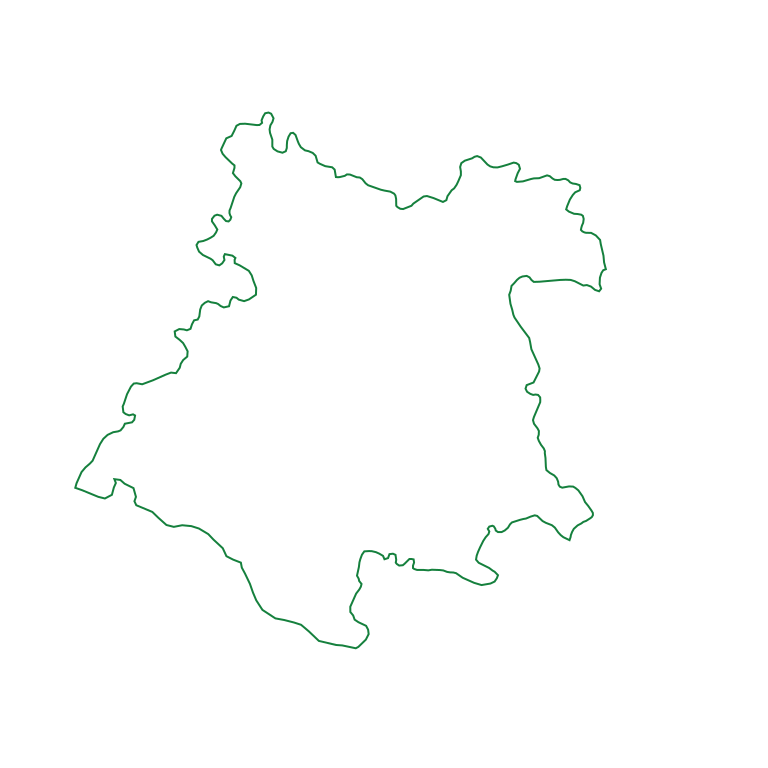 outline of Pinsk, Brest, Belarus, rotated 24°
{"feature_id": "67162791B61405599198646", "entity_name": "Pinsk", "entity_type": "district", "adm_level": 2, "iso_a3": "BLR", "parent_name": "Belarus", "parent_adm1": "Brest", "projection": "mercator", "projection_center": [26.193, 52.204], "detail": "fine", "context": "isolated", "style": "outline", "palette": "green", "viewbox_px": 768, "rotation_deg": 24, "n_neighbors": 0, "source": "geoboundaries", "source_scale": "gbopen_adm2", "svg_char_len": 6165}
<svg xmlns="http://www.w3.org/2000/svg" viewBox="0 0 768 768"><g transform="rotate(24 384 384)"><path d="M617.0,451.2L616.7,447.9L616.2,446.1L616.0,442.7L616.3,439.1L618.4,434.4L621.0,431.1L622.2,428.9L624.3,426.9L627.2,422.5L628.0,420.9L628.2,418.8L627.2,416.8L625.1,415.3L620.1,412.3L615.7,410.1L611.0,405.8L604.8,402.1L601.1,401.1L598.5,400.8L594.7,402.3L589.0,406.2L586.4,406.3L584.3,404.9L582.8,402.4L580.1,399.8L576.7,398.3L571.8,397.8L567.4,396.6L565.6,393.9L561.6,385.9L559.0,381.7L558.3,379.9L556.2,377.9L552.2,375.7L548.6,373.0L546.3,370.6L546.0,367.4L544.6,363.9L542.3,362.1L537.2,359.3L534.8,356.4L534.4,353.2L534.1,337.1L533.3,335.1L532.1,332.7L529.2,331.3L526.7,332.0L524.7,333.3L521.7,333.5L517.9,332.9L515.2,330.7L514.8,327.0L520.0,321.8L520.6,309.5L519.8,306.5L517.0,303.4L504.5,292.3L500.3,286.1L497.9,282.9L485.5,276.0L476.2,270.2L474.0,268.1L471.0,264.1L466.9,259.3L462.1,251.6L461.8,247.3L460.6,242.5L461.9,239.0L463.2,234.7L464.6,231.8L466.7,229.5L470.4,227.2L473.6,227.4L476.4,229.0L479.3,229.8L484.3,227.4L502.6,217.3L507.7,214.8L512.2,213.0L516.5,212.5L526.0,213.0L529.1,211.1L533.5,210.8L538.5,212.2L542.8,211.8L543.6,208.6L540.4,205.2L538.0,199.0L537.5,194.0L538.0,190.9L540.0,188.9L535.6,183.4L532.3,177.5L525.1,168.0L522.8,164.5L517.1,162.1L511.8,161.7L507.0,163.7L505.4,164.0L503.1,163.9L501.2,163.1L500.7,160.9L500.4,158.7L500.4,155.8L499.3,152.0L497.3,149.5L495.3,149.1L491.6,150.0L488.4,151.2L482.8,151.3L479.4,150.4L479.0,147.1L478.8,139.9L479.6,134.5L480.7,131.1L484.0,127.4L483.6,125.0L481.8,122.8L477.9,123.2L474.8,124.1L472.1,124.1L469.5,123.0L466.4,122.8L464.3,123.8L461.6,126.0L459.5,127.1L456.9,128.0L454.3,127.7L450.9,126.7L448.1,127.1L442.0,132.9L437.3,135.2L435.1,136.8L428.5,142.4L423.2,145.3L421.3,145.3L420.9,143.6L420.4,137.1L420.7,132.1L418.0,128.9L415.0,128.4L412.4,129.0L408.1,133.0L403.3,137.1L399.7,139.9L396.0,141.5L392.5,142.0L389.2,141.4L380.4,137.7L376.4,137.9L374.3,139.6L372.7,142.0L367.0,147.1L364.8,150.8L365.3,154.8L367.8,158.6L369.3,162.0L369.4,168.8L369.3,172.5L368.5,176.8L367.0,179.5L365.6,186.6L366.2,190.7L363.8,193.7L353.6,194.0L346.8,194.8L343.9,196.6L337.4,207.3L336.6,210.0L330.3,216.4L327.6,217.3L324.3,216.9L322.7,216.2L319.8,210.0L317.7,207.1L315.8,206.0L311.5,205.7L305.8,207.1L302.1,207.8L288.6,208.9L285.5,208.1L280.9,205.7L277.9,205.2L275.0,206.2L267.7,206.5L264.9,207.6L263.5,209.8L259.5,212.9L257.9,213.8L255.9,214.5L251.7,208.2L248.5,207.1L241.7,208.9L235.8,208.9L233.2,208.6L228.7,203.3L224.9,201.9L220.3,202.0L216.8,202.7L211.7,201.5L208.5,199.2L206.6,197.4L201.9,192.5L198.8,191.5L196.7,192.9L196.2,196.8L196.7,201.4L198.0,205.1L199.2,207.9L199.6,211.3L197.2,214.0L192.1,214.8L187.6,214.1L185.4,212.5L182.6,206.2L177.7,200.9L175.9,197.9L175.0,193.9L175.5,189.9L175.0,186.2L171.0,183.0L168.1,183.0L165.3,185.0L164.8,188.6L164.9,192.9L166.4,195.0L164.9,198.0L162.5,199.2L151.3,202.7L146.6,205.0L144.2,208.1L144.2,213.6L143.9,219.4L140.0,223.7L139.8,234.8L139.9,236.5L142.9,239.3L146.9,241.2L155.7,244.4L158.5,245.1L159.5,247.4L160.2,252.8L163.7,254.7L170.3,257.2L172.1,258.8L172.6,262.7L171.3,269.9L171.1,273.9L172.3,285.8L172.3,288.2L173.3,290.7L174.9,292.5L176.6,293.7L176.8,296.4L175.9,298.7L173.4,299.4L170.4,298.2L167.1,296.5L162.7,297.2L160.7,299.2L159.7,303.2L160.7,305.4L164.9,307.9L168.9,310.7L168.9,313.9L168.1,317.9L166.1,320.9L163.7,323.9L160.7,326.9L156.7,329.6L156.2,333.3L157.9,335.3L161.2,338.3L166.1,339.8L174.6,340.1L177.1,340.6L181.6,343.1L185.3,342.6L187.1,339.6L187.8,335.6L185.8,332.8L185.8,330.1L193.3,328.4L197.0,329.3L197.0,331.3L198.5,334.3L203.8,334.3L214.5,335.6L219.0,338.6L222.7,342.8L228.2,348.3L230.7,354.5L226.2,361.7L222.5,365.2L217.0,366.0L214.2,365.2L210.5,366.0L209.8,370.2L210.8,376.0L206.5,379.2L203.0,379.2L200.0,378.4L197.8,378.4L192.8,379.7L189.6,379.9L187.3,382.7L185.6,386.4L185.8,390.7L187.8,397.4L187.6,400.9L184.6,403.1L184.3,407.6L184.8,412.3L182.1,415.1L178.9,415.6L174.6,417.1L171.4,421.1L174.1,425.5L179.4,426.8L183.8,428.3L187.3,430.8L191.3,434.0L193.1,439.0L190.8,443.7L190.1,448.2L190.8,452.2L189.6,458.7L184.8,460.2L180.6,464.4L171.4,474.6L163.2,482.6L157.7,483.9L155.2,485.4L153.9,489.3L153.4,497.8L154.4,508.0L154.4,510.8L157.4,515.8L160.2,516.5L163.9,516.3L167.1,513.8L169.4,514.0L170.4,518.3L169.4,521.5L163.4,525.7L163.4,529.2L162.2,533.5L160.4,535.4L156.2,538.2L152.2,542.9L149.9,548.2L149.0,554.4L149.0,572.6L147.7,576.3L145.2,581.6L143.5,587.5L143.5,599.7L144.2,604.4L151.5,603.8L168.9,603.3L175.6,602.1L180.5,595.9L179.3,588.4L179.3,583.5L176.4,580.6L182.2,578.9L187.6,580.6L197.5,581.0L203.3,588.0L203.7,592.6L207.0,595.5L224.4,595.1L232.3,598.0L242.6,601.3L250.1,600.0L257.1,595.1L265.8,592.2L273.7,591.3L284.5,592.6L291.5,595.5L303.5,599.6L310.1,605.4L317.6,605.8L325.9,605.4L328.8,609.6L334.1,613.7L342.8,621.1L349.1,627.8L355.3,633.6L364.8,639.8L380.1,642.3L388.8,640.2L398.7,638.5L406.2,637.7L416.1,640.6L429.0,645.2L446.4,641.9L452.2,639.8L465.7,636.9L467.5,634.6L471.4,624.9L471.7,618.7L469.4,614.9L466.0,612.2L457.5,612.0L453.0,611.2L450.0,608.0L446.0,606.0L443.8,601.2L443.8,586.8L445.0,581.8L445.3,578.6L444.8,575.8L441.5,574.1L440.0,572.1L437.3,570.1L435.5,561.4L434.1,556.9L433.6,553.6L433.3,548.9L434.1,544.9L438.3,542.7L440.8,541.7L445.0,540.9L448.5,540.9L453.0,541.4L455.7,543.9L458.5,541.4L458.2,537.2L461.2,535.4L464.0,535.4L466.7,539.7L467.4,542.4L468.9,543.2L471.7,543.7L474.9,541.9L475.9,539.9L478.4,533.5L480.2,532.7L482.4,532.2L484.1,534.9L484.4,538.2L485.4,540.4L486.9,540.7L489.9,540.4L495.4,537.9L500.3,536.2L503.3,534.2L510.8,531.2L514.0,530.2L518.0,530.0L521.0,529.2L524.0,528.0L526.8,527.5L534.7,529.0L547.2,529.0L554.9,528.0L562.4,523.0L565.4,519.5L566.1,515.5L565.9,512.3L561.4,510.5L559.2,510.3L554.9,509.3L543.2,508.8L539.5,507.0L538.5,503.1L538.2,499.1L538.2,494.1L538.5,486.9L539.2,482.6L540.5,478.6L540.2,475.9L537.7,474.1L538.2,471.4L540.7,469.4L542.2,469.4L544.5,470.9L545.7,472.4L548.4,472.9L551.7,471.4L553.9,468.7L555.7,464.9L556.2,460.9L557.2,458.4L563.6,452.7L566.4,450.5L568.4,449.2L571.9,445.5L575.1,442.7L577.6,442.2L584.6,444.7L588.3,445.0L594.8,444.7L598.5,445.7L603.5,448.7L607.0,450.2L610.2,451.0L617.0,451.2Z" fill="none" stroke="#15803d" stroke-width="2"/></g></svg>